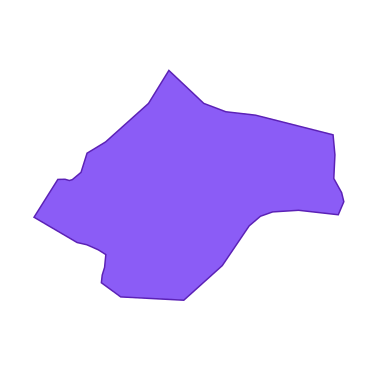 map outline of Mislinja (Natural Earth projection), rotated 10°
{"feature_id": "SVN-971", "entity_name": "Mislinja", "entity_type": "Municipality", "adm_level": 1, "iso_a3": "SVN", "parent_name": "Slovenia", "parent_adm1": "", "projection": "natural_earth1", "projection_center": [15.22, 46.45], "detail": "fine", "context": "isolated", "style": "filled", "palette": "violet", "viewbox_px": 384, "rotation_deg": 10, "n_neighbors": 0, "source": "natural_earth", "source_scale": "10m", "svg_char_len": 567}
<svg xmlns="http://www.w3.org/2000/svg" viewBox="0 0 384 384"><g transform="rotate(10 192 192)"><path d="M321.0,111.2L326.3,130.6L329.3,154.1L339.5,166.7L343.2,175.2L340.0,189.0L300.1,191.5L274.9,197.6L263.6,204.0L254.2,215.4L234.6,259.2L202.7,300.0L140.0,307.7L118.5,297.1L118.0,289.4L119.0,281.4L118.0,268.6L109.7,265.2L97.5,262.2L87.6,261.7L40.8,244.3L57.7,202.9L64.8,201.5L69.2,202.0L72.0,200.6L79.3,191.9L81.9,172.0L98.2,157.7L133.8,112.3L148.1,76.3L188.2,102.7L211.3,107.1L241.2,105.3L321.0,111.2Z" fill="#8b5cf6" stroke="#5b21b6" stroke-width="1.5"/></g></svg>